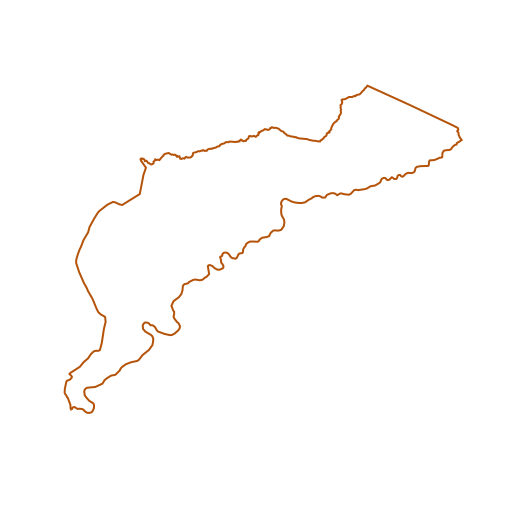 Chokwe, Gaza, Mozambique, rotated 103°
{"feature_id": "85939544B8547864433088", "entity_name": "Chokwe", "entity_type": "district", "adm_level": 2, "iso_a3": "MOZ", "parent_name": "Mozambique", "parent_adm1": "Gaza", "projection": "robinson", "projection_center": [32.883, -24.487], "detail": "fine", "context": "isolated", "style": "outline", "palette": "amber", "viewbox_px": 512, "rotation_deg": 103, "n_neighbors": 0, "source": "geoboundaries", "source_scale": "gbopen_adm2", "svg_char_len": 6092}
<svg xmlns="http://www.w3.org/2000/svg" viewBox="0 0 512 512"><g transform="rotate(103 256 256)"><path d="M385.8,392.9L388.8,394.8L393.5,396.6L398.1,400.0L403.6,402.7L411.7,410.6L412.9,411.2L414.5,408.7L415.0,408.3L416.0,408.2L418.2,409.4L420.1,412.1L421.1,412.5L428.4,412.4L432.2,411.7L433.3,411.0L435.0,409.0L436.2,408.3L436.5,407.5L442.7,403.4L446.4,402.3L447.0,401.8L446.4,401.5L446.4,400.9L444.7,400.4L444.0,398.8L445.2,395.4L444.6,394.0L444.2,391.3L444.5,389.7L445.7,388.0L446.5,386.2L446.7,384.8L446.3,382.9L445.1,380.9L443.4,380.2L440.8,379.7L437.9,380.2L436.1,381.4L434.6,386.0L431.9,389.7L430.3,391.5L427.0,392.8L425.2,392.9L423.8,392.4L422.3,390.8L419.8,383.2L414.9,376.9L411.0,375.6L408.4,373.5L405.8,371.0L404.8,369.6L403.6,366.7L402.7,365.8L398.1,363.0L396.2,362.6L394.6,361.8L390.7,358.4L387.6,353.8L385.0,348.2L384.2,347.4L383.2,346.6L378.1,344.3L371.5,339.1L366.1,336.9L362.6,337.0L359.4,337.6L357.4,339.1L356.5,340.6L354.6,346.7L352.5,349.6L349.4,350.7L347.8,350.5L346.0,349.5L345.5,348.2L345.4,346.4L345.8,345.2L347.2,343.2L346.8,341.6L347.0,340.3L348.1,338.3L350.4,336.2L351.6,334.7L352.5,327.8L352.5,322.2L351.9,320.2L349.8,317.8L346.4,315.3L344.3,314.3L342.9,314.1L341.3,314.4L338.9,316.4L338.0,318.3L334.9,321.9L333.6,322.7L331.5,322.6L328.8,323.2L327.6,324.5L323.5,327.2L318.6,326.2L313.4,321.8L310.0,320.2L306.0,319.9L301.8,320.5L300.1,319.9L299.3,319.0L298.0,316.2L296.4,315.4L293.5,311.9L292.6,310.0L292.3,305.3L291.4,303.2L290.5,302.2L288.8,301.1L287.3,299.4L284.1,297.6L277.1,300.5L276.4,300.5L275.5,299.8L275.2,298.7L275.6,296.3L277.2,293.5L278.0,290.4L277.4,288.1L275.4,285.5L274.5,285.2L272.9,285.6L271.7,286.6L270.3,288.4L267.4,289.4L265.2,290.7L264.6,290.5L264.1,289.5L263.3,289.0L261.7,289.1L260.2,288.2L259.5,286.8L259.4,284.6L260.4,282.8L262.4,280.7L263.4,278.8L263.2,275.2L261.9,274.3L258.0,273.3L257.2,272.5L256.3,270.2L255.9,269.8L255.1,269.6L252.7,270.0L250.2,269.4L249.0,268.6L246.4,268.2L244.6,266.7L243.4,265.3L242.8,263.3L241.7,257.5L240.8,256.6L239.6,256.4L236.9,254.3L235.1,249.8L233.6,247.6L232.2,247.5L229.8,246.7L227.3,244.8L226.9,243.9L226.2,239.7L224.8,237.3L220.6,235.6L216.8,235.9L214.2,236.9L210.7,240.1L208.2,241.2L204.7,242.0L201.7,242.0L200.0,243.2L199.0,243.5L196.8,243.3L194.9,242.3L193.9,241.0L193.5,239.2L194.9,233.7L195.1,230.9L194.9,227.7L194.2,223.7L192.7,220.3L189.1,217.0L187.1,214.5L186.1,214.0L184.3,211.6L183.3,208.4L183.4,206.8L184.2,204.5L183.5,201.8L180.5,200.6L178.1,197.3L177.4,195.1L177.4,192.9L178.5,190.5L176.4,188.3L175.8,187.2L175.9,183.7L175.5,179.8L175.1,178.8L174.0,177.6L169.8,175.2L169.4,174.6L168.9,173.1L168.9,171.4L166.3,164.9L165.4,163.3L162.3,160.1L160.5,155.8L156.9,152.0L155.6,151.3L153.8,151.2L152.5,150.8L151.3,149.3L151.0,148.4L151.1,147.1L152.3,145.7L152.3,144.5L151.6,143.2L148.8,141.5L148.8,140.6L149.8,138.8L149.4,136.7L148.4,136.1L146.0,136.0L144.9,135.0L144.7,133.7L145.8,132.2L145.7,131.1L145.4,130.5L142.2,128.5L141.3,127.4L140.7,126.2L140.2,123.1L139.5,121.8L138.5,120.8L137.6,120.4L134.5,120.4L133.1,119.5L131.6,116.4L129.5,108.5L128.7,108.1L125.1,108.6L123.8,108.3L122.4,103.9L120.4,100.9L119.0,99.4L118.5,97.7L117.8,96.8L113.6,97.5L111.2,96.7L110.2,94.7L109.2,91.5L108.2,90.1L105.1,88.8L103.1,87.2L102.3,85.7L100.7,85.7L98.9,83.6L96.7,81.7L94.5,84.2L92.2,85.9L90.2,86.5L89.3,87.9L88.6,88.0L87.8,87.3L87.4,87.3L86.1,87.9L85.6,89.0L84.3,94.2L74.3,139.9L65.0,185.7L67.5,186.9L68.1,187.6L70.1,188.2L71.1,189.1L74.7,191.0L75.5,191.9L76.2,193.7L77.4,195.1L77.9,195.1L78.0,196.3L79.5,198.1L80.1,201.1L83.1,204.4L84.1,207.1L84.8,207.7L86.9,206.5L88.5,206.6L90.1,207.6L91.0,207.1L92.2,207.1L94.0,206.1L95.5,206.1L97.3,205.4L98.9,205.6L101.5,206.7L102.0,206.3L103.8,206.3L105.3,207.5L106.6,207.8L107.1,208.7L110.0,210.5L114.4,211.5L115.8,211.2L117.7,212.4L119.1,212.2L119.3,212.5L118.7,213.0L120.0,213.7L120.7,214.6L122.0,214.4L123.1,214.6L124.7,216.2L126.4,216.7L126.9,217.5L128.2,218.1L128.9,219.2L129.9,219.3L130.4,221.4L130.4,224.0L130.8,226.0L130.9,230.6L130.6,232.5L131.7,240.4L131.6,242.6L131.1,244.0L131.6,244.8L131.3,247.1L131.7,248.6L131.4,251.2L131.6,252.7L130.6,254.0L129.8,256.1L128.7,257.2L128.5,259.6L126.9,262.6L126.6,265.6L127.2,267.4L126.9,269.4L127.6,269.7L128.0,270.8L129.2,271.1L130.2,272.1L130.5,273.0L130.2,274.4L130.6,275.3L130.4,276.0L132.3,277.6L133.0,278.9L134.3,279.8L134.4,280.7L135.3,281.3L136.0,280.7L136.9,281.2L137.8,281.0L138.7,282.4L139.9,283.0L139.5,285.4L140.4,286.7L140.5,288.0L140.3,288.6L141.0,289.8L142.7,289.8L143.8,290.4L144.7,291.4L146.2,291.8L146.2,292.8L147.1,294.2L146.6,295.6L146.0,296.2L146.0,296.9L147.2,297.8L148.0,297.8L148.1,298.7L148.8,299.3L148.8,300.3L149.5,301.3L150.3,306.8L150.5,307.6L151.3,308.3L151.8,310.9L153.5,312.4L154.8,315.0L155.7,315.5L156.2,316.2L157.3,316.4L158.1,318.4L159.4,319.5L160.4,321.7L160.9,322.1L160.9,322.7L161.7,323.5L161.8,325.0L162.4,326.0L163.3,327.3L164.5,327.6L165.2,329.9L164.7,330.7L164.8,331.4L165.5,332.1L165.5,332.7L166.8,334.6L166.8,335.8L168.2,337.5L169.3,339.8L170.0,340.5L172.4,340.3L173.2,341.0L174.0,341.2L174.9,342.4L175.5,345.0L175.2,346.3L175.9,347.1L177.2,347.6L177.3,349.6L178.3,350.6L178.1,351.9L176.1,353.0L176.5,354.0L176.4,354.5L176.9,354.8L177.0,355.4L176.2,355.7L176.3,356.4L175.9,356.7L175.5,357.8L176.1,359.3L175.9,360.2L176.3,361.3L175.3,364.2L176.1,366.0L177.1,367.8L178.3,368.8L179.3,368.8L180.4,369.8L184.3,371.7L184.2,373.3L184.9,374.6L184.5,375.9L185.8,376.1L187.1,377.1L188.3,376.6L189.3,377.1L190.3,378.4L190.1,380.1L189.6,380.9L189.6,382.0L187.9,384.1L187.9,384.6L188.5,385.6L187.2,386.5L186.6,387.4L186.9,388.2L186.6,388.9L187.1,390.1L187.7,390.3L188.6,389.5L189.0,389.5L194.7,383.1L202.3,383.9L221.8,383.2L236.4,397.9L236.4,400.6L235.4,405.2L235.5,407.6L239.5,412.4L247.3,418.7L249.3,419.8L255.3,421.9L265.2,424.7L270.7,424.9L279.1,427.6L287.0,428.7L288.6,429.2L294.5,430.0L300.2,430.3L303.2,429.7L311.3,424.8L320.9,417.7L325.4,413.6L327.7,412.0L334.5,405.7L343.6,399.2L346.0,397.2L346.8,396.0L347.9,394.0L349.2,389.5L349.9,389.1L354.0,387.7L361.2,387.8L375.3,386.7L382.6,386.9L383.8,388.1L384.6,391.4L385.8,392.9Z" fill="none" stroke="#b45309" stroke-width="2"/></g></svg>